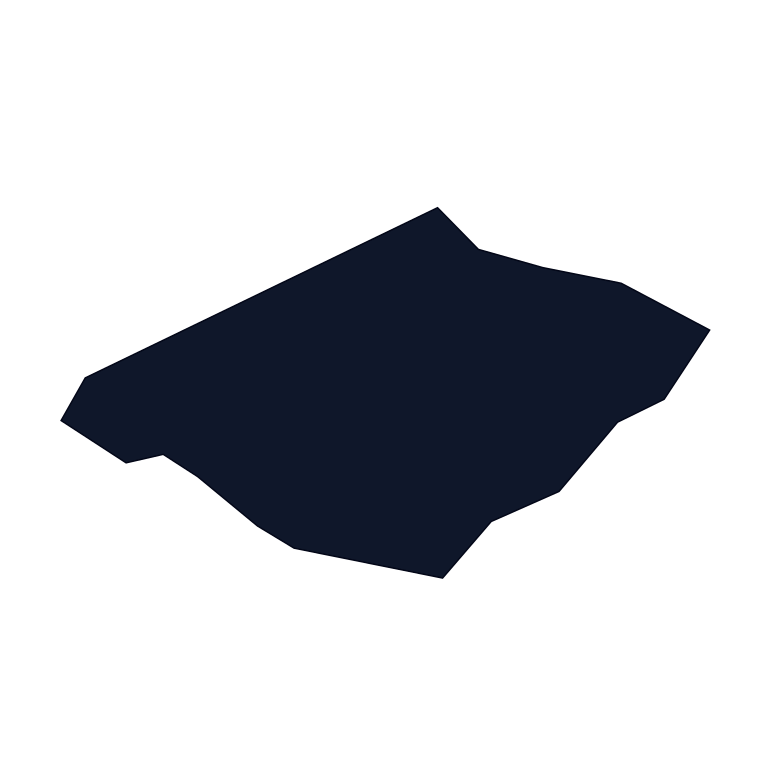 an SVG outline of Polzela, rotated 99°
{"feature_id": "SVN-244", "entity_name": "Polzela", "entity_type": "Municipality", "adm_level": 1, "iso_a3": "SVN", "parent_name": "Slovenia", "parent_adm1": "", "projection": "natural_earth1", "projection_center": [15.091, 46.303], "detail": "fine", "context": "isolated", "style": "filled", "palette": "ink", "viewbox_px": 768, "rotation_deg": 99, "n_neighbors": 0, "source": "natural_earth", "source_scale": "10m", "svg_char_len": 384}
<svg xmlns="http://www.w3.org/2000/svg" viewBox="0 0 768 768"><g transform="rotate(99 384 384)"><path d="M279.8,70.8L355.2,104.9L385.2,147.4L462.7,194.3L503.0,256.6L566.5,295.8L560.2,447.1L544.1,486.6L504.6,553.6L488.0,591.1L502.2,626.4L470.6,697.2L424.7,680.0L201.5,358.7L236.3,311.8L244.2,245.5L247.4,165.5L279.8,70.8Z" fill="#0f172a" stroke="#020617" stroke-width="1.5"/></g></svg>